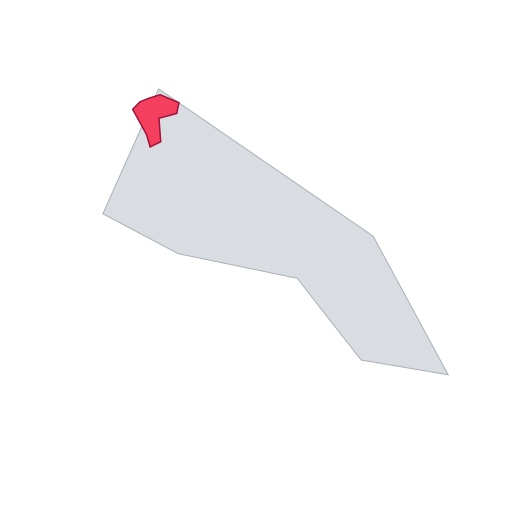 where Glacis sits in Seychelles, rotated 333°
{"feature_id": "SYC-5209", "entity_name": "Glacis", "entity_type": "state/province", "adm_level": 1, "iso_a3": "SYC", "parent_name": "Seychelles", "parent_adm1": "", "projection": "natural_earth1", "projection_center": [55.444, -4.574], "detail": "fine", "context": "in_parent", "style": "filled", "palette": "rose", "viewbox_px": 512, "rotation_deg": 333, "n_neighbors": 0, "source": "natural_earth", "source_scale": "10m", "svg_char_len": 452}
<svg xmlns="http://www.w3.org/2000/svg" viewBox="0 0 512 512"><g transform="rotate(333 256 256)"><path d="M369.4,291.6L373.3,449.1L302.4,396.4L282.6,294.6L187.8,218.7L138.7,148.9L245.1,62.9L369.4,291.6Z" fill="#d9dde1" stroke="#a8b0b8" stroke-width="1"/><path d="M211.2,110.8L213.6,98.2L212.7,69.3L222.8,65.9L233.0,66.9L243.8,68.8L257.0,84.4L250.1,93.0L232.1,89.2L223.0,110.9L211.2,110.8Z" fill="#f43f5e" stroke="#9f1239" stroke-width="1.5"/></g></svg>